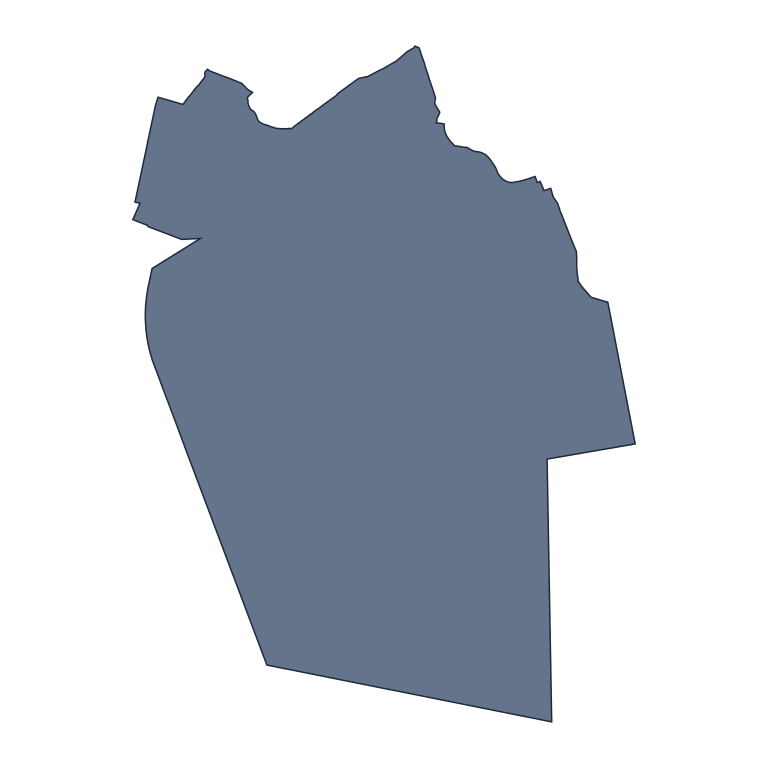 the district of Westvoorne, Zuid-Holland, Netherlands, rotated 270°
{"feature_id": "6326949B61212698350093", "entity_name": "Westvoorne", "entity_type": "district", "adm_level": 2, "iso_a3": "NLD", "parent_name": "Netherlands", "parent_adm1": "Zuid-Holland", "projection": "orthographic", "projection_center": [4.123, 51.889], "detail": "fine", "context": "isolated", "style": "filled", "palette": "slate", "viewbox_px": 768, "rotation_deg": 270, "n_neighbors": 0, "source": "geoboundaries", "source_scale": "gbopen_adm2", "svg_char_len": 5989}
<svg xmlns="http://www.w3.org/2000/svg" viewBox="0 0 768 768"><g transform="rotate(270 384 384)"><path d="M670.8,158.1L666.2,156.5L664.3,156.0L662.6,155.5L661.3,155.2L627.1,147.9L621.5,146.8L565.9,135.0L564.7,140.0L548.4,132.8L542.6,147.5L541.4,148.0L531.6,173.8L528.9,180.8L528.6,181.6L529.5,200.2L527.1,196.4L499.5,152.1L482.2,148.4L479.1,147.8L476.1,147.3L472.8,146.8L468.1,146.2L466.4,146.0L460.3,145.5L453.8,145.3L450.8,145.3L446.9,145.4L444.2,145.6L442.5,145.7L440.9,145.8L439.2,145.9L436.3,146.2L432.6,146.7L429.0,147.2L425.4,147.9L422.5,148.4L419.6,149.1L416.7,149.8L413.9,150.5L411.1,151.4L408.2,152.2L405.5,153.2L402.7,154.2L394.9,157.2L381.1,162.3L342.1,177.0L326.2,182.9L317.8,186.0L315.1,187.0L283.0,199.1L187.1,235.2L102.9,266.9L88.7,338.2L46.1,551.7L308.9,547.1L324.1,635.2L428.0,615.1L434.0,614.0L465.8,607.8L466.3,606.1L466.1,606.1L466.3,605.6L466.4,605.1L466.6,604.6L466.9,603.9L468.1,599.9L470.0,593.6L470.2,592.9L470.6,591.6L470.7,591.3L470.7,591.2L470.9,590.9L471.3,590.5L474.2,588.1L474.7,587.7L477.1,585.6L479.4,583.5L479.8,583.2L482.0,581.4L483.4,580.4L485.0,579.5L485.4,579.2L485.5,579.1L485.4,579.0L486.7,578.0L487.0,577.8L487.6,578.2L488.1,578.2L493.1,577.4L495.7,577.2L498.4,576.9L500.8,576.7L501.5,576.7L502.5,576.7L504.5,576.7L507.8,576.7L508.2,576.8L508.7,576.7L510.2,576.7L514.7,576.4L516.4,576.4L517.1,576.1L524.5,573.0L525.8,572.5L529.0,571.2L532.0,570.0L535.3,568.7L536.2,568.4L537.7,567.8L538.9,567.3L541.6,566.3L542.7,565.8L545.8,564.6L546.6,564.3L550.4,562.8L552.0,562.2L557.1,560.1L557.5,559.9L559.2,559.5L564.6,557.6L571.1,553.2L579.7,550.7L579.6,550.4L578.9,548.5L577.8,545.2L577.6,544.6L577.4,544.1L584.8,540.9L586.6,540.1L586.3,539.5L585.4,537.3L589.3,535.9L591.3,535.3L591.5,535.2L590.5,532.0L589.7,529.7L589.4,528.9L588.9,527.3L587.3,521.9L587.2,521.1L586.8,520.0L586.3,516.9L586.1,515.6L585.9,514.7L585.5,513.0L585.5,512.1L585.5,511.1L585.7,509.4L585.9,508.5L586.2,507.5L586.6,506.6L587.1,505.5L587.6,504.7L588.1,503.9L588.7,503.0L589.5,502.1L590.1,501.4L592.7,499.2L593.7,498.5L594.5,498.0L595.5,497.5L596.2,497.2L597.2,496.9L597.8,496.7L599.2,496.1L600.1,495.7L601.7,494.8L604.1,493.2L605.7,492.1L607.1,491.2L608.2,490.4L609.5,489.4L611.1,488.0L612.0,487.0L612.8,486.2L613.3,485.6L613.7,485.0L614.0,484.4L614.9,482.5L615.4,481.3L615.7,480.2L616.0,479.3L616.2,478.3L616.3,477.1L616.5,475.5L616.8,474.3L617.1,473.3L617.6,472.1L617.9,471.8L618.8,470.0L620.4,467.3L620.6,466.9L620.6,466.6L620.7,465.5L620.7,464.4L620.8,463.5L621.1,462.1L621.4,460.3L621.7,458.9L621.8,458.0L622.1,455.5L622.2,454.9L622.5,454.4L623.2,453.7L625.2,451.8L625.5,451.5L626.8,450.4L628.6,448.9L629.3,448.4L630.4,447.7L631.0,447.3L633.3,446.1L634.7,445.5L636.1,445.0L637.5,444.6L638.6,444.4L639.4,444.3L641.0,444.2L642.1,444.1L644.0,444.3L644.0,443.9L644.2,442.9L644.7,440.9L644.8,439.6L644.8,439.1L645.1,436.2L645.8,436.5L646.8,436.8L647.4,436.9L647.7,436.9L648.1,436.8L648.7,436.8L649.8,437.1L650.8,437.6L653.3,438.8L654.3,439.3L655.0,439.5L655.4,439.7L655.8,439.7L656.1,439.6L656.5,439.4L658.0,438.4L663.8,435.0L664.3,434.8L664.7,434.7L665.1,434.7L666.0,434.8L669.5,435.4L670.0,435.5L670.6,435.4L671.1,435.2L676.7,433.4L681.9,431.7L682.8,431.4L683.2,431.2L687.2,429.9L687.7,429.7L688.4,429.4L689.5,429.1L693.0,428.1L693.6,428.0L694.5,427.6L696.4,426.9L699.3,426.0L701.7,425.2L703.6,424.6L704.0,424.5L704.4,424.5L704.7,424.4L705.2,424.3L706.5,423.8L708.1,423.2L710.8,422.2L712.3,421.7L714.1,421.1L718.3,419.8L720.5,418.8L720.8,417.3L721.1,416.7L721.9,414.9L720.3,413.9L716.6,407.8L716.5,407.3L711.2,401.4L706.1,395.1L705.6,393.9L698.7,381.9L698.7,381.5L693.5,371.6L690.9,366.6L691.2,366.2L689.7,359.0L689.0,357.8L687.5,355.7L684.8,352.0L683.3,349.9L681.4,347.3L680.3,345.9L679.0,344.0L677.3,341.7L674.1,337.3L673.2,337.2L669.0,331.4L668.4,330.6L667.1,328.8L663.2,323.4L660.0,319.2L658.2,316.6L657.9,316.1L657.4,315.4L657.2,315.1L656.1,313.7L655.5,313.0L655.2,312.6L655.0,312.3L654.9,312.3L654.7,312.3L654.7,312.2L654.4,312.0L653.9,311.4L653.7,311.1L654.0,310.7L653.6,310.3L653.3,309.9L652.0,308.2L651.8,308.0L651.1,307.0L650.0,305.4L648.5,303.6L648.3,303.2L645.8,299.8L644.4,298.0L640.8,293.1L639.4,291.9L639.5,291.4L639.5,291.0L639.5,290.5L639.5,289.1L639.3,289.2L639.3,287.4L639.3,284.6L639.2,283.5L639.2,281.6L639.3,280.6L639.5,278.3L639.6,277.0L639.8,275.8L640.1,274.6L640.1,274.2L640.3,273.9L640.5,273.7L641.0,271.9L641.0,271.7L641.1,271.3L641.3,270.8L641.5,270.3L642.4,268.4L643.5,264.5L643.7,264.0L643.9,263.3L644.4,262.4L644.9,261.4L645.4,260.5L645.7,260.0L646.0,259.6L646.5,259.1L647.3,258.4L648.0,257.9L648.4,257.7L648.8,257.5L650.7,256.9L651.3,256.7L652.1,256.4L653.6,255.7L654.4,255.2L655.3,254.7L655.7,254.4L656.2,254.0L656.5,253.8L656.9,253.4L657.1,253.1L657.3,252.8L658.1,251.3L658.2,251.0L658.4,250.8L658.7,250.6L659.0,250.4L659.3,250.2L659.6,250.0L662.2,248.9L662.8,248.6L663.5,248.4L664.1,248.2L664.6,248.1L665.1,248.1L667.4,247.9L668.1,247.8L668.7,247.7L669.8,247.4L670.0,247.3L670.3,247.4L670.7,247.6L673.1,249.9L674.9,251.9L675.0,251.9L675.1,252.0L675.6,252.6L675.9,252.4L675.8,252.2L675.8,251.9L676.0,251.6L677.1,249.9L678.1,248.4L678.9,247.4L679.3,246.8L679.7,246.5L680.7,245.6L681.6,244.8L684.3,241.8L684.5,241.9L684.7,241.5L687.0,235.9L689.2,230.6L691.3,224.8L692.8,220.8L693.4,219.4L696.5,211.1L696.9,210.1L697.2,209.4L697.4,209.2L697.5,209.1L697.9,208.6L698.1,208.5L698.6,207.9L698.8,207.5L698.8,207.4L698.1,207.3L697.5,206.5L697.0,205.6L696.2,205.2L695.3,204.9L694.6,204.8L693.8,204.9L692.7,205.0L692.0,204.9L691.9,205.0L691.8,204.9L691.1,204.7L690.3,204.3L689.2,203.5L688.8,203.1L688.1,202.6L687.7,202.2L686.4,201.2L684.6,199.9L684.4,199.8L683.1,198.9L682.2,197.7L680.8,196.5L680.2,196.0L679.5,195.4L679.2,195.1L679.0,194.9L677.9,194.1L677.2,193.6L673.7,191.0L673.1,190.4L671.6,189.1L670.0,187.7L669.8,187.5L669.2,187.3L668.6,186.8L668.3,186.4L667.4,185.6L667.2,185.5L666.9,185.4L666.6,185.2L665.7,184.7L665.4,184.4L664.7,183.7L664.4,183.6L663.6,182.9L664.8,178.7L670.8,158.1Z" fill="#64748b" stroke="#1e293b" stroke-width="1.5"/></g></svg>